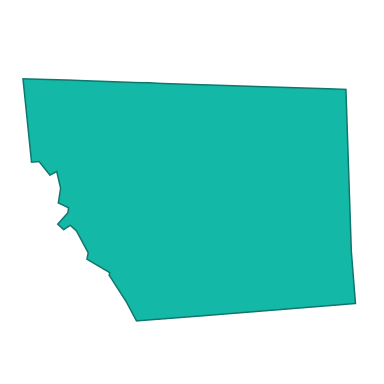 Pickens, Alabama, United States of America, rotated 86°
{"feature_id": "52423323B32953857630822", "entity_name": "Pickens", "entity_type": "district", "adm_level": 2, "iso_a3": "USA", "parent_name": "United States of America", "parent_adm1": "Alabama", "projection": "orthographic", "projection_center": [-88.115, 33.263], "detail": "fine", "context": "isolated", "style": "filled", "palette": "teal", "viewbox_px": 384, "rotation_deg": 86, "n_neighbors": 0, "source": "geoboundaries", "source_scale": "gbopen_adm2", "svg_char_len": 561}
<svg xmlns="http://www.w3.org/2000/svg" viewBox="0 0 384 384"><g transform="rotate(86 192 192)"><path d="M262.4,37.2L100.4,31.3L99.3,41.7L99.0,44.1L92.2,111.2L86.3,168.6L85.5,176.8L81.4,216.7L80.0,227.1L79.1,238.5L72.1,304.2L72.0,304.5L67.3,352.7L151.0,350.0L151.0,342.4L165.3,332.5L162.1,325.5L179.1,322.8L193.6,326.1L199.1,316.3L204.0,317.2L214.7,328.2L220.6,322.6L216.7,315.8L222.9,309.9L245.4,299.8L251.7,301.5L266.8,279.6L269.1,280.5L297.3,265.0L316.7,256.4L316.1,179.1L314.6,36.7L262.4,37.2Z" fill="#14b8a6" stroke="#0f766e" stroke-width="1.5"/></g></svg>